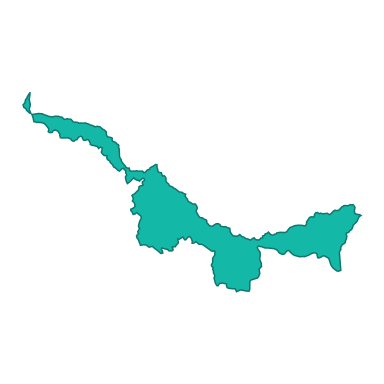 the district of Vereda, Bahia, Brazil
{"feature_id": "56859067B58491495992531", "entity_name": "Vereda", "entity_type": "district", "adm_level": 2, "iso_a3": "BRA", "parent_name": "Brazil", "parent_adm1": "Bahia", "projection": "mercator", "projection_center": [-40.011, -17.127], "detail": "fine", "context": "isolated", "style": "filled", "palette": "teal", "viewbox_px": 384, "rotation_deg": 0, "n_neighbors": 0, "source": "geoboundaries", "source_scale": "gbopen_adm2", "svg_char_len": 6034}
<svg xmlns="http://www.w3.org/2000/svg" viewBox="0 0 384 384"><path d="M161.4,172.7L159.8,172.5L158.5,172.1L157.8,171.0L157.8,169.7L157.1,167.8L156.9,164.7L155.4,164.5L154.2,165.6L150.2,167.7L149.6,169.3L148.2,169.6L147.1,170.2L145.1,172.5L143.6,172.5L142.6,171.1L138.2,171.2L136.4,170.7L134.6,171.3L133.1,171.0L131.6,171.3L129.7,170.7L129.3,168.1L127.9,168.2L126.1,167.5L125.5,166.3L122.3,162.6L121.5,161.2L121.0,159.2L120.1,158.2L119.5,156.2L119.2,148.7L118.4,147.1L118.9,145.8L118.3,144.6L117.2,144.2L115.5,142.3L112.9,141.4L112.2,140.3L112.2,138.2L110.8,137.4L109.0,137.2L107.5,136.7L106.6,135.5L106.2,131.7L104.1,129.8L103.0,129.4L99.8,126.7L97.0,126.3L95.5,126.8L94.3,126.5L92.7,125.5L90.6,125.1L88.7,124.1L85.2,122.9L83.8,123.2L80.4,123.0L79.3,123.3L77.6,122.4L75.7,122.1L74.5,122.4L73.3,121.9L70.9,119.2L69.2,119.2L66.9,118.7L65.6,119.4L64.1,119.2L61.7,117.0L59.9,117.0L58.4,116.3L55.0,116.2L52.2,117.0L48.9,116.4L45.6,115.1L43.9,114.7L42.5,113.8L38.5,113.5L31.9,114.5L33.0,117.5L33.9,121.7L35.4,121.9L36.6,122.5L37.8,122.3L39.3,122.5L41.1,122.5L44.2,123.4L45.6,124.7L48.6,128.5L48.7,130.3L48.2,131.7L49.2,132.5L50.7,132.6L52.3,132.3L53.0,130.9L54.2,130.0L56.5,130.5L58.2,131.4L59.0,133.0L59.9,134.0L59.8,135.6L60.4,137.7L62.3,138.0L67.7,137.8L70.8,139.0L71.5,140.3L72.8,141.1L74.3,141.1L75.2,140.0L77.0,139.7L78.1,137.8L79.2,136.8L80.8,136.2L82.4,137.2L82.5,138.5L83.6,140.2L85.6,140.3L87.2,139.5L88.6,140.0L90.2,142.9L90.3,144.5L91.9,145.3L93.6,145.5L97.5,146.6L98.6,148.5L100.4,147.1L102.0,147.8L102.1,149.4L101.5,151.2L101.4,152.7L103.6,155.2L105.1,155.7L106.9,155.7L106.9,158.6L107.7,159.7L109.9,161.2L110.3,162.7L112.3,164.4L113.7,167.0L115.3,167.8L118.2,170.6L119.5,171.1L122.1,168.6L123.8,168.3L124.3,169.8L125.7,170.4L125.6,172.3L126.7,175.2L125.5,176.6L125.5,178.2L126.6,182.3L127.5,183.6L130.4,181.3L133.7,177.8L134.8,179.0L137.2,180.3L138.6,180.2L139.3,181.2L142.5,178.4L144.0,178.5L144.6,179.9L143.8,180.9L142.3,182.0L142.4,183.5L143.2,185.0L141.3,185.8L140.1,186.0L139.0,186.7L138.8,188.6L138.3,190.1L134.4,193.9L133.0,194.6L132.0,195.4L133.2,198.3L133.1,199.7L132.4,201.0L134.0,202.4L134.8,204.1L134.9,206.5L134.1,207.5L132.5,208.5L130.8,209.2L130.8,210.6L132.1,212.0L133.2,214.5L135.2,213.9L136.6,212.5L140.7,216.0L141.4,217.8L139.5,221.8L138.6,225.2L138.6,227.0L139.6,228.3L137.7,231.8L138.6,233.5L137.5,234.4L136.5,236.0L136.9,237.8L138.0,239.0L140.5,245.3L143.2,244.8L145.6,244.9L146.8,245.3L147.6,246.2L149.1,247.2L152.3,246.4L154.6,248.4L158.1,250.9L159.3,252.2L161.0,253.5L162.8,253.0L162.4,251.0L161.4,249.3L161.8,248.0L166.3,249.2L167.6,249.3L168.7,250.7L170.0,251.0L172.6,250.7L173.1,249.6L172.2,246.9L175.4,246.7L176.0,245.5L178.0,243.4L178.4,241.9L177.9,240.6L177.8,239.1L179.5,239.1L182.8,237.1L183.6,238.0L184.5,239.7L185.8,239.8L187.9,237.2L189.5,236.5L190.9,237.7L192.3,241.2L192.1,243.2L193.7,243.1L196.2,241.7L198.8,244.2L201.5,244.4L202.8,244.7L211.5,251.0L212.7,251.3L214.4,250.9L215.2,252.1L214.7,253.5L214.7,255.3L212.7,258.1L212.6,259.9L212.8,262.1L211.3,265.1L211.8,266.4L213.1,267.5L212.7,269.4L213.4,270.6L213.5,273.1L214.3,274.3L214.8,276.3L214.0,277.8L215.4,283.1L216.8,285.6L218.0,285.8L219.6,283.3L220.9,283.4L222.0,282.9L224.0,283.5L225.4,283.6L226.6,284.1L226.5,285.9L227.1,287.5L228.3,288.2L229.5,288.4L232.8,288.8L235.1,288.7L236.6,291.7L240.8,289.8L242.2,290.3L243.6,290.3L245.1,290.9L249.0,291.2L249.7,289.9L249.9,281.3L251.0,280.0L257.5,278.0L258.6,276.6L259.8,273.5L259.1,269.1L261.5,266.6L261.3,263.1L260.0,260.2L259.7,258.0L260.1,256.8L260.2,253.5L259.9,251.7L258.2,249.9L257.3,247.3L258.2,246.2L262.1,246.8L263.6,247.5L265.4,248.0L268.1,248.0L274.3,248.7L277.3,250.2L279.1,252.8L280.9,253.8L282.7,254.4L284.5,253.9L286.5,251.3L287.9,250.6L289.5,250.8L290.2,252.1L292.8,254.4L294.5,255.4L299.9,256.8L302.6,256.5L304.5,256.7L308.8,255.1L311.5,253.6L314.2,252.7L315.9,253.1L317.0,254.1L317.2,255.9L317.9,257.9L319.4,257.8L321.1,257.1L322.5,256.2L323.9,255.7L327.8,257.7L328.9,258.8L331.0,265.1L333.0,268.0L336.7,270.9L338.4,271.2L340.8,270.4L339.4,252.5L339.9,250.8L340.9,249.6L340.6,247.9L341.3,246.2L342.5,244.6L344.3,243.5L345.4,242.3L345.4,240.9L346.3,239.2L346.9,235.9L346.1,234.6L346.3,233.1L347.8,232.8L349.1,231.9L349.8,230.6L351.1,229.9L352.3,228.4L353.2,225.2L356.4,222.2L357.2,221.1L358.7,217.6L359.5,216.4L361.0,215.5L359.7,214.7L356.9,214.3L355.3,213.7L354.5,212.2L354.4,210.5L355.0,207.5L354.1,205.8L353.0,204.6L351.8,204.9L350.5,204.6L347.7,205.8L345.4,205.5L343.8,205.7L342.8,206.5L341.5,207.1L340.7,208.3L338.4,210.4L336.5,210.6L335.0,210.2L333.4,211.1L330.3,214.3L328.9,214.5L327.5,213.3L322.4,213.8L320.7,213.1L319.1,213.7L317.5,212.5L315.6,212.8L314.6,214.3L314.2,216.4L313.3,217.2L311.9,216.7L309.6,217.4L306.5,222.0L306.6,223.6L305.7,225.6L304.3,225.9L302.6,225.4L298.9,225.2L295.4,225.5L293.8,226.0L291.8,227.0L290.2,227.4L289.0,228.6L286.6,231.9L284.8,232.5L280.2,232.3L276.8,232.9L276.1,233.9L274.7,234.2L273.1,235.1L272.0,235.1L270.5,234.3L268.4,232.1L267.5,233.2L265.3,233.8L264.5,235.4L262.6,236.0L262.6,237.8L260.9,238.1L259.6,239.5L258.1,240.1L256.7,239.8L255.2,239.3L254.3,237.8L252.8,238.3L250.5,240.1L247.9,239.0L245.5,238.4L243.8,237.1L241.8,236.5L239.8,234.5L237.4,236.2L233.8,236.0L232.4,235.2L230.3,232.1L229.8,228.3L227.1,227.5L225.6,226.6L223.8,226.8L220.8,226.3L220.0,224.7L218.3,223.7L216.5,223.7L214.8,224.5L213.0,225.9L211.2,226.3L209.3,225.5L206.6,222.3L206.8,220.7L206.0,219.8L204.2,219.2L202.6,217.9L199.7,217.4L198.7,216.1L196.0,211.2L197.1,208.9L197.2,207.4L196.2,205.1L195.0,203.9L192.8,204.1L191.0,202.8L188.6,201.6L187.8,200.8L187.4,199.1L185.9,197.4L185.1,196.0L185.7,194.2L184.1,193.7L181.8,192.2L180.0,192.2L178.4,191.3L175.2,188.7L173.9,188.3L172.6,187.0L169.4,185.7L168.6,184.0L166.9,182.6L166.0,181.3L166.0,178.5L165.4,177.0L164.1,175.6L162.8,176.2L161.8,174.4L161.4,172.7ZM30.9,113.5L29.4,109.8L29.3,108.3L30.1,106.3L30.3,104.3L29.2,99.7L30.2,92.3L27.2,96.8L27.0,98.1L25.6,99.5L24.9,102.7L23.0,105.0L24.0,107.6L25.8,108.5L26.6,110.4L29.8,113.2L30.9,113.5Z" fill="#14b8a6" stroke="#0f766e" stroke-width="1.5"/></svg>